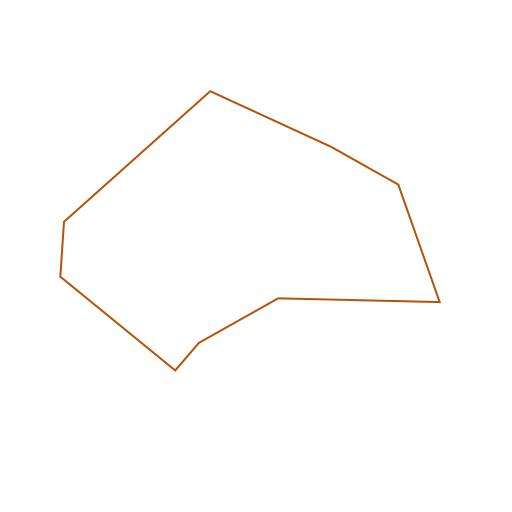 outline of Neutral Zone, rotated 125°
{"feature_id": "ARE-344", "entity_name": "Neutral Zone", "entity_type": "Emirate", "adm_level": 1, "iso_a3": "ARE", "parent_name": "United Arab Emirates", "parent_adm1": "", "projection": "equal_earth", "projection_center": [56.299, 24.93], "detail": "fine", "context": "isolated", "style": "outline", "palette": "amber", "viewbox_px": 512, "rotation_deg": 125, "n_neighbors": 0, "source": "natural_earth", "source_scale": "10m", "svg_char_len": 309}
<svg xmlns="http://www.w3.org/2000/svg" viewBox="0 0 512 512"><g transform="rotate(125 256 256)"><path d="M396.1,256.5L385.2,404.4L383.9,405.2L338.1,432.9L147.3,388.0L123.5,257.1L115.9,180.4L188.4,79.1L278.0,213.6L360.0,253.0L395.0,256.4L396.1,256.5Z" fill="none" stroke="#b45309" stroke-width="2"/></g></svg>